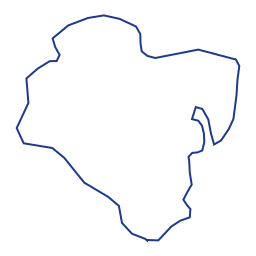 the border of Ulsan
{"feature_id": "KOR-2508", "entity_name": "Ulsan", "entity_type": "Metropolitan City", "adm_level": 1, "iso_a3": "KOR", "parent_name": "South Korea", "parent_adm1": "", "projection": "equal_earth", "projection_center": [129.283, 35.499], "detail": "fine", "context": "isolated", "style": "outline", "palette": "blue", "viewbox_px": 256, "rotation_deg": 0, "n_neighbors": 0, "source": "natural_earth", "source_scale": "10m", "svg_char_len": 879}
<svg xmlns="http://www.w3.org/2000/svg" viewBox="0 0 256 256"><path d="M235.4,59.2L236.2,60.1L239.3,66.0L237.5,79.4L236.5,95.3L233.4,119.1L228.7,129.2L221.1,140.4L214.1,144.5L211.0,133.6L208.3,119.5L202.3,108.9L195.8,107.1L192.0,119.1L198.3,120.7L202.1,125.9L203.9,133.5L204.3,142.2L202.3,150.5L197.5,152.4L192.2,152.9L188.5,156.9L189.2,161.3L189.8,172.8L191.7,184.6L187.3,192.1L183.4,199.7L187.3,205.6L190.4,209.0L189.8,217.3L180.2,220.7L171.2,226.6L158.3,240.4L147.4,240.0L147.2,240.6L145.3,238.9L132.1,233.8L122.0,223.0L118.9,205.9L108.2,196.9L84.3,182.7L64.3,157.9L52.3,148.0L23.7,143.3L16.7,128.1L28.4,102.9L26.4,78.4L37.6,68.7L49.6,61.2L56.7,61.0L59.6,54.9L55.2,47.0L52.6,38.4L68.3,25.4L87.9,18.0L103.9,15.4L119.7,18.9L136.0,26.5L140.3,34.0L140.5,43.2L141.7,51.4L147.4,55.9L155.2,58.0L198.3,49.6L235.0,59.3L235.4,59.2Z" fill="none" stroke="#1e3a8a" stroke-width="2"/></svg>